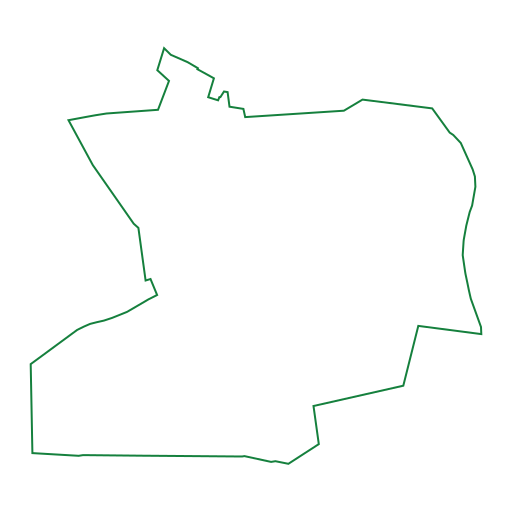 outline of San Pedro Huilotepec, Oaxaca, Mexico
{"feature_id": "50627088B95823703816090", "entity_name": "San Pedro Huilotepec", "entity_type": "district", "adm_level": 2, "iso_a3": "MEX", "parent_name": "Mexico", "parent_adm1": "Oaxaca", "projection": "orthographic", "projection_center": [-95.147, 16.245], "detail": "fine", "context": "isolated", "style": "outline", "palette": "green", "viewbox_px": 512, "rotation_deg": 0, "n_neighbors": 0, "source": "geoboundaries", "source_scale": "gbopen_adm2", "svg_char_len": 1058}
<svg xmlns="http://www.w3.org/2000/svg" viewBox="0 0 512 512"><path d="M86.8,116.8L68.5,120.2L92.8,165.1L132.3,221.7L133.7,223.7L138.4,227.9L145.6,280.5L150.5,279.0L157.1,295.0L148.4,299.4L135.6,306.9L127.0,311.9L112.1,317.9L103.9,320.6L96.8,322.2L90.1,323.9L83.9,326.6L77.2,329.9L30.7,364.1L32.4,453.1L78.7,455.8L83.1,455.1L142.3,455.7L242.1,456.5L244.4,456.1L271.1,461.9L275.4,461.2L288.4,463.8L318.8,444.1L313.5,406.0L403.3,385.7L418.3,325.9L481.3,334.1L481.0,327.0L470.8,298.7L469.9,294.8L468.8,289.9L467.4,283.0L465.5,274.0L465.1,271.6L462.7,255.1L463.6,241.2L463.8,239.5L466.3,225.6L466.4,225.2L469.6,212.4L469.7,212.0L472.1,205.6L475.4,186.8L474.9,176.5L472.7,169.5L460.8,143.0L453.3,135.0L449.7,132.6L432.2,108.4L362.5,99.6L343.9,110.7L245.2,117.1L243.4,108.9L229.5,106.7L227.6,92.1L224.0,91.5L220.4,97.1L219.4,97.1L218.1,100.3L214.2,99.1L208.2,97.2L213.9,78.3L211.4,76.9L197.4,69.2L197.9,68.2L187.7,62.2L170.8,54.8L164.1,48.2L157.3,70.2L169.0,80.9L158.0,109.8L106.5,113.5L95.1,115.3L86.8,116.8Z" fill="none" stroke="#15803d" stroke-width="2"/></svg>